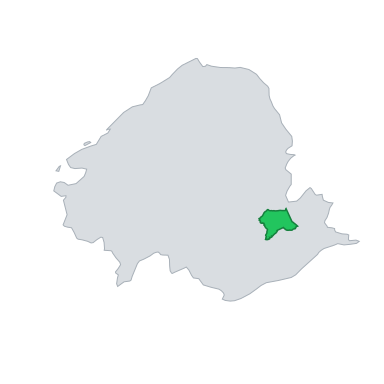 Sesan, Stœng Trêng, Cambodia shown in context, rotated 65°
{"feature_id": "14789045B73389269548404", "entity_name": "Sesan", "entity_type": "district", "adm_level": 2, "iso_a3": "KHM", "parent_name": "Cambodia", "parent_adm1": "Stœng Trêng", "projection": "equal_earth", "projection_center": [106.435, 13.605], "detail": "fine", "context": "in_parent", "style": "filled", "palette": "green", "viewbox_px": 384, "rotation_deg": 65, "n_neighbors": 0, "source": "geoboundaries", "source_scale": "gbopen_adm2", "svg_char_len": 6412}
<svg xmlns="http://www.w3.org/2000/svg" viewBox="0 0 384 384"><g transform="rotate(65 192 192)"><path d="M307.4,61.3L308.1,64.6L306.2,70.9L304.2,76.6L300.4,81.7L300.3,85.3L299.0,96.3L299.5,99.8L300.4,102.8L301.6,104.5L304.9,115.2L307.9,125.0L310.9,133.1L311.4,138.2L308.7,151.1L305.6,163.0L305.9,168.9L307.2,174.8L308.7,182.7L309.2,192.8L308.5,199.4L307.0,203.5L304.3,207.7L301.9,209.8L299.0,206.3L296.8,206.1L293.7,207.2L291.3,208.8L286.4,215.0L281.0,221.0L273.4,222.5L270.5,227.0L267.4,227.6L261.4,227.8L257.6,228.9L257.7,231.1L257.4,241.7L257.5,244.2L256.9,244.8L254.2,245.1L249.6,243.5L243.5,240.9L239.1,240.5L236.8,245.1L235.5,246.9L233.8,247.2L232.1,248.0L231.5,250.0L231.3,252.6L232.2,257.0L232.5,264.0L232.3,268.8L233.9,271.8L243.3,282.0L246.1,284.5L246.4,286.0L244.7,291.5L246.2,299.3L243.3,299.1L238.3,295.8L236.0,293.8L233.1,295.4L232.1,295.1L230.2,291.3L227.7,287.4L225.1,287.1L219.6,288.7L213.9,289.7L211.8,289.7L210.9,290.4L207.7,296.2L206.3,295.2L200.6,293.0L195.5,292.2L194.4,293.7L195.0,298.4L196.1,303.0L195.5,305.0L192.6,307.4L188.9,311.8L186.6,315.2L185.0,316.0L179.2,315.9L173.5,316.3L171.3,319.6L169.1,322.1L167.3,322.7L159.8,314.8L145.1,312.0L143.5,308.5L142.1,307.8L140.7,312.4L132.6,316.8L129.2,314.1L126.7,310.9L127.1,307.0L129.4,303.8L133.5,301.5L135.4,293.5L132.3,283.2L129.6,280.2L126.8,277.8L123.8,281.6L121.3,288.2L118.6,291.6L114.9,292.3L109.5,292.0L107.5,282.3L106.8,273.9L107.6,264.3L108.4,258.6L103.2,250.8L103.0,243.4L100.5,239.5L99.7,241.5L99.8,243.6L99.1,242.1L91.0,220.3L89.6,210.1L91.1,202.4L91.9,199.7L89.6,195.7L86.3,191.0L80.4,184.9L80.1,175.3L78.8,163.9L77.1,160.1L74.4,153.1L73.0,147.3L72.6,132.0L73.4,130.7L77.5,130.3L82.9,129.2L83.7,126.7L82.8,124.7L86.2,121.2L91.2,113.6L95.0,105.7L97.8,100.7L99.4,95.7L105.0,88.7L112.6,83.8L117.7,82.7L123.1,81.0L128.2,78.7L130.7,78.5L137.1,81.3L140.5,82.0L144.1,82.0L147.9,82.3L151.1,82.0L159.0,80.0L167.3,81.6L174.7,80.4L183.8,78.1L188.3,79.5L192.4,81.8L193.0,86.5L193.9,88.6L195.3,90.2L197.1,90.2L199.5,87.0L201.4,83.6L202.1,83.0L202.2,84.7L203.1,88.3L204.9,91.9L206.6,94.2L209.6,97.4L211.5,97.5L217.7,94.5L227.1,98.9L228.2,101.0L231.3,105.4L234.6,108.6L241.9,108.8L244.5,101.0L243.2,96.3L239.1,88.1L237.9,83.2L239.3,82.4L246.3,81.4L247.5,80.5L249.1,75.1L251.0,75.7L254.9,76.4L259.1,72.8L261.5,68.9L262.8,70.7L264.3,73.4L265.9,74.9L268.9,77.2L272.2,80.5L274.2,83.7L275.9,84.9L280.1,84.0L281.2,84.2L283.6,80.3L285.4,78.2L286.8,78.8L288.9,78.7L293.3,73.8L295.8,69.3L297.2,68.1L301.1,70.3L302.7,69.9L304.9,63.7L307.4,61.3ZM104.7,269.4L103.9,269.9L103.2,269.9L102.4,269.0L102.5,265.5L103.1,263.4L104.4,262.9L104.7,269.4ZM117.0,304.0L115.3,306.3L112.7,301.5L112.7,300.1L117.0,304.0Z" fill="#d9dde1" stroke="#a8b0b8" stroke-width="1"/><path d="M253.9,140.5L255.1,140.4L255.6,140.3L255.9,140.2L256.4,140.0L256.7,139.9L257.1,139.6L257.8,139.4L258.2,139.7L259.3,140.6L259.6,140.8L259.9,141.1L260.4,141.2L260.7,141.4L261.0,141.7L261.3,142.1L261.8,142.8L261.9,143.0L262.0,143.2L262.1,143.3L262.3,143.4L262.4,143.5L262.5,143.6L262.8,143.6L263.2,143.6L263.5,143.5L263.9,143.5L264.0,143.5L264.3,143.8L264.6,144.3L264.8,144.5L265.1,144.6L265.5,144.9L265.7,145.0L266.0,145.4L266.3,145.2L266.5,145.0L266.4,144.9L266.4,144.7L266.3,144.4L266.4,144.2L266.5,144.0L266.8,143.9L267.0,143.8L267.1,143.7L267.1,143.4L267.2,143.2L267.2,142.9L267.2,142.7L267.1,142.8L267.1,142.7L267.1,142.4L267.2,142.2L266.9,142.0L266.9,141.9L266.9,141.7L266.9,141.3L267.0,141.3L267.0,141.2L266.9,141.1L266.7,141.2L266.5,140.9L266.5,140.7L266.4,140.7L266.2,140.7L266.3,140.6L266.2,140.5L266.2,140.4L266.2,140.2L266.3,140.1L266.3,139.9L266.4,139.7L266.5,139.7L266.6,139.4L266.5,139.2L266.5,138.9L266.5,138.7L266.4,138.6L266.3,138.4L266.2,138.4L266.1,138.2L265.9,138.2L266.0,138.1L265.9,138.0L265.9,137.9L265.9,137.7L265.9,137.4L265.7,137.1L265.5,136.5L265.5,136.4L265.3,136.2L265.1,135.5L265.0,135.1L264.8,134.7L264.8,134.3L264.8,134.1L264.7,133.4L264.6,133.2L264.2,132.7L264.1,132.3L263.9,131.8L263.8,131.7L263.5,131.4L263.3,131.2L263.2,131.2L262.8,131.2L262.8,124.1L263.3,124.0L263.5,124.0L263.7,123.9L263.9,123.9L264.0,123.8L264.4,123.5L264.6,123.4L264.8,123.3L265.3,123.3L265.4,123.1L265.5,123.0L265.9,122.9L266.0,122.8L266.1,122.7L266.3,122.4L266.7,122.2L266.8,122.1L266.9,121.9L266.9,121.6L267.3,121.2L267.5,120.5L267.5,120.3L267.5,120.2L267.6,119.7L267.8,119.5L267.9,119.4L268.0,119.4L268.1,119.0L268.4,118.6L268.5,118.3L268.7,117.9L268.8,117.7L268.8,117.4L268.8,117.2L268.7,116.9L268.7,116.7L268.5,116.2L268.4,116.0L268.4,115.8L268.4,115.6L268.4,115.3L268.6,114.8L268.7,114.7L268.8,114.6L268.9,114.4L268.7,114.2L268.7,113.9L268.4,113.9L268.3,113.7L268.2,113.6L268.2,113.4L268.2,113.2L268.2,112.9L267.9,112.7L267.7,112.5L267.5,112.4L267.4,112.2L267.4,111.9L267.4,111.6L267.6,110.9L267.6,110.7L266.5,111.2L266.4,111.2L265.3,111.7L264.8,111.9L264.5,112.1L264.1,112.3L263.9,112.4L263.3,112.7L262.0,113.3L261.8,113.4L261.3,113.9L246.8,113.8L246.9,114.0L247.0,114.2L247.1,114.3L247.3,114.3L247.5,114.4L247.6,114.5L247.8,114.6L248.0,114.9L248.1,115.1L248.2,115.3L247.9,116.1L247.6,116.7L247.5,117.0L247.3,117.3L247.1,117.8L246.4,119.1L246.2,119.3L246.0,119.7L245.7,120.5L245.5,121.0L245.5,121.5L245.2,122.1L245.2,122.4L245.0,122.8L244.8,123.3L244.7,123.8L244.6,124.0L244.4,124.3L244.2,124.8L243.9,125.2L243.6,125.5L243.5,125.8L243.3,126.3L243.3,126.5L243.2,126.7L243.1,127.0L242.9,127.3L242.7,127.5L242.5,127.8L242.4,128.0L242.3,128.3L242.2,128.5L242.0,129.1L241.9,129.3L241.5,129.7L241.2,130.0L240.5,130.3L240.3,130.4L240.1,130.5L239.9,131.0L240.0,131.4L240.0,131.5L240.2,131.8L240.4,132.1L240.5,132.5L240.7,133.1L240.7,133.6L240.7,133.9L240.8,134.3L241.1,135.1L241.3,135.5L241.5,135.8L241.8,136.1L242.4,136.9L242.8,137.4L243.3,138.0L243.6,138.8L243.7,139.6L243.9,140.5L244.0,140.6L244.3,140.7L244.4,140.8L244.4,141.1L244.4,141.5L244.4,142.5L244.5,142.6L244.8,142.5L244.8,142.4L245.0,142.4L245.1,142.5L245.3,142.5L245.5,142.6L245.8,142.6L245.9,142.4L246.0,142.4L246.1,142.5L246.2,142.4L246.3,142.3L246.5,142.4L246.5,142.5L246.6,142.4L246.9,142.5L247.0,142.5L247.3,142.4L247.4,142.5L247.5,142.5L247.8,142.8L248.0,142.9L248.2,142.7L248.3,142.8L248.5,142.8L248.8,142.9L249.0,142.8L249.6,142.4L249.7,141.7L249.7,141.3L249.8,141.2L250.0,140.9L250.3,141.0L250.6,140.6L250.9,140.1L251.1,140.3L251.3,140.3L251.6,140.4L251.9,140.3L252.3,140.6L252.4,140.2L252.5,140.1L252.9,140.2L253.2,140.4L253.4,140.5L253.9,140.5Z" fill="#22c55e" stroke="#15803d" stroke-width="1.5"/></g></svg>